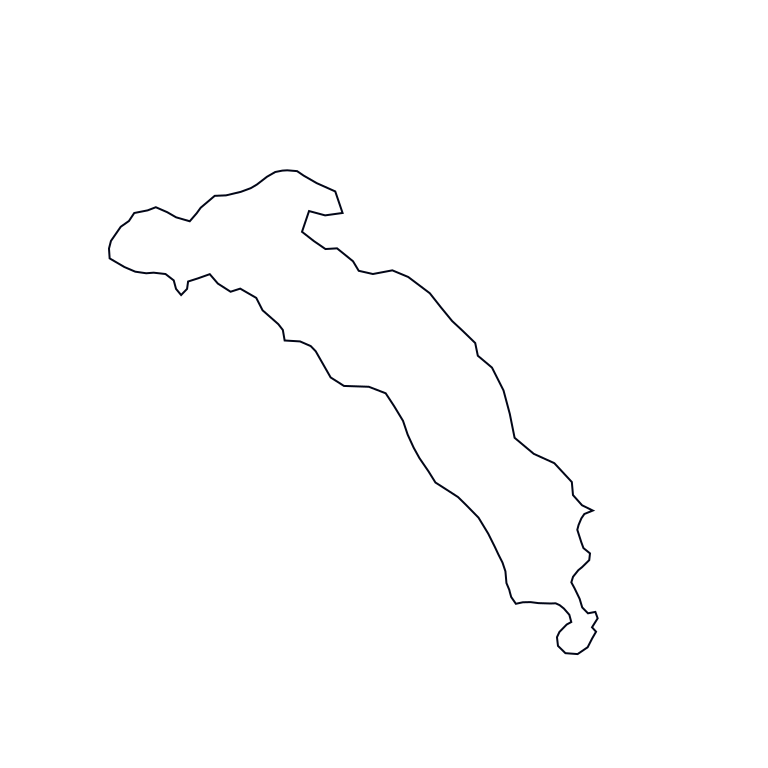 outline of Agia Napa, Famagusta, Cyprus, rotated 30°
{"feature_id": "46923920B61002962813660", "entity_name": "Agia Napa", "entity_type": "district", "adm_level": 2, "iso_a3": "CYP", "parent_name": "Cyprus", "parent_adm1": "Famagusta", "projection": "albers", "projection_center": [34.016, 34.985], "detail": "fine", "context": "isolated", "style": "outline", "palette": "ink", "viewbox_px": 768, "rotation_deg": 30, "n_neighbors": 0, "source": "geoboundaries", "source_scale": "gbopen_adm2", "svg_char_len": 1837}
<svg xmlns="http://www.w3.org/2000/svg" viewBox="0 0 768 768"><g transform="rotate(30 384 384)"><path d="M210.2,243.7L202.3,243.1L193.4,247.3L189.3,250.0L183.8,254.8L179.0,263.1L174.2,274.8L170.7,281.0L163.9,289.2L152.9,299.6L143.3,305.7L137.1,323.0L136.4,329.8L134.4,340.2L120.6,343.6L110.4,343.6L98.0,345.0L92.5,351.8L82.2,360.8L81.6,370.4L77.4,379.4L76.0,396.6L78.1,404.2L83.6,412.4L100.7,412.5L112.4,411.1L122.7,407.0L128.8,402.8L139.8,398.0L150.1,399.4L156.3,405.6L163.8,408.4L165.9,400.1L163.1,393.2L170.0,385.6L178.2,376.0L189.9,380.1L205.0,380.8L211.8,373.3L230.3,373.3L242.0,380.9L262.5,385.0L269.4,387.8L276.2,396.0L290.0,389.1L301.6,387.8L308.5,389.8L334.5,405.0L350.3,405.7L372.2,394.0L390.1,391.2L403.8,398.1L418.9,406.4L429.8,416.0L441.5,424.3L451.8,430.5L466.2,437.4L477.8,443.6L490.9,444.2L504.6,444.9L515.5,447.7L532.7,452.5L549.1,461.5L561.5,469.7L568.4,474.5L575.9,479.4L582.8,485.5L589.6,495.2L595.4,499.6L597.1,501.4L600.7,504.9L608.1,508.4L613.4,503.6L620.0,499.6L627.4,496.5L638.0,490.8L642.3,488.1L646.7,487.7L652.0,488.5L659.9,491.2L665.2,496.5L662.5,500.9L659.9,511.0L660.4,516.8L665.6,523.8L675.7,526.4L686.7,521.1L692.0,510.1L691.5,500.4L691.5,492.5L685.8,490.7L686.2,480.1L681.0,475.7L675.3,480.6L667.4,478.4L660.8,472.2L651.1,465.6L645.4,462.1L644.1,456.4L645.4,448.0L647.1,443.6L649.8,433.9L647.1,427.7L638.8,426.4L634.0,422.4L624.3,413.6L623.0,408.8L622.1,401.7L622.5,396.4L628.1,389.2L616.1,390.0L603.2,385.7L595.7,375.0L571.1,367.4L548.6,369.6L524.0,365.3L507.9,347.0L490.7,329.8L469.3,315.8L451.1,312.6L442.5,302.9L425.4,298.6L411.5,295.4L394.3,288.9L378.3,282.5L351.5,279.2L334.4,281.4L319.4,294.3L305.5,298.6L295.8,293.2L275.5,290.0L265.8,296.4L251.9,295.3L236.9,293.2L232.6,271.7L248.7,267.4L262.6,256.6L245.5,241.6L225.2,243.7L210.2,243.7Z" fill="none" stroke="#020617" stroke-width="2"/></g></svg>